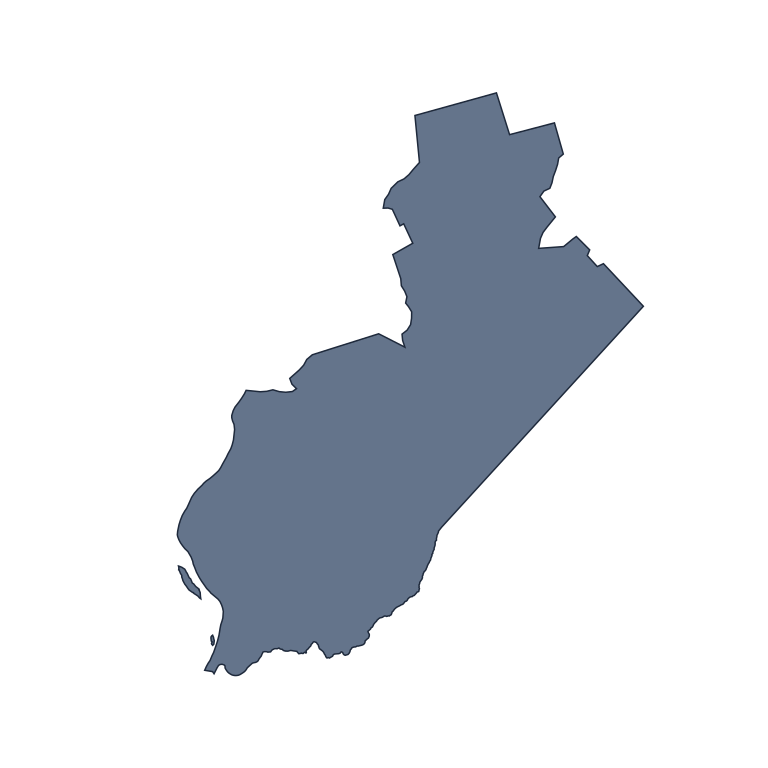 outline of Capital, Misiones, Argentina, rotated 249°
{"feature_id": "61730980B30289947598516", "entity_name": "Capital", "entity_type": "district", "adm_level": 2, "iso_a3": "ARG", "parent_name": "Argentina", "parent_adm1": "Misiones", "projection": "robinson", "projection_center": [-55.968, -27.541], "detail": "fine", "context": "isolated", "style": "filled", "palette": "slate", "viewbox_px": 768, "rotation_deg": 249, "n_neighbors": 0, "source": "geoboundaries", "source_scale": "gbopen_adm2", "svg_char_len": 6137}
<svg xmlns="http://www.w3.org/2000/svg" viewBox="0 0 768 768"><g transform="rotate(249 384 384)"><path d="M363.6,654.0L417.7,632.0L417.2,625.2L431.0,619.8L435.5,624.1L452.8,616.4L451.7,612.2L447.9,601.0L455.2,577.0L463.9,582.3L468.5,586.8L472.0,592.4L478.6,603.9L503.0,596.7L506.8,602.4L507.3,609.0L511.6,612.9L517.0,616.4L521.8,620.7L526.9,624.8L532.4,628.1L534.4,633.8L566.7,636.7L571.8,590.6L615.5,593.3L623.6,509.1L578.1,496.5L573.8,488.1L570.5,482.3L568.3,476.1L567.8,469.4L564.1,460.8L559.5,456.2L555.9,450.8L548.4,446.3L546.8,450.9L544.1,454.4L525.9,455.6L526.5,459.8L505.1,461.3L501.7,438.6L476.3,437.4L469.5,435.4L463.3,436.6L457.3,436.7L451.8,433.2L447.4,434.6L441.5,435.7L435.5,433.3L429.9,430.1L426.0,424.9L424.1,418.7L418.0,417.0L410.9,416.7L432.8,397.0L437.0,327.6L434.6,320.7L430.4,315.8L427.5,310.0L423.0,298.0L416.8,298.0L411.0,300.6L409.8,295.8L411.5,289.3L414.4,283.5L418.4,278.2L419.2,271.9L421.1,265.7L427.5,253.0L424.8,250.1L421.6,245.8L419.2,242.2L415.9,236.7L413.2,233.7L409.2,230.6L407.1,229.8L403.9,229.4L399.9,229.5L395.0,228.2L385.7,223.4L381.5,220.4L378.5,217.8L374.7,213.3L372.1,210.6L367.3,204.8L364.4,201.5L362.4,198.7L361.1,195.6L359.5,191.4L358.2,187.6L357.1,183.1L355.9,180.0L354.7,177.9L352.6,172.7L349.9,167.7L347.1,163.8L341.3,158.0L338.7,155.3L336.8,152.5L333.6,148.6L329.9,145.2L326.1,142.2L320.5,138.6L317.3,137.0L315.4,136.7L312.2,136.7L308.7,137.1L305.1,138.0L301.6,139.1L297.8,140.9L291.5,141.9L287.1,141.9L284.3,141.4L280.2,141.5L275.6,141.5L269.7,142.2L265.0,143.1L261.5,144.0L256.6,145.2L252.1,147.1L251.1,147.3L242.8,151.9L239.8,152.9L236.1,153.2L233.0,153.1L229.3,152.5L223.3,149.7L220.7,147.8L217.8,145.4L214.6,143.4L208.7,140.0L203.5,136.3L199.7,133.2L194.4,128.7L192.0,126.1L188.2,122.5L186.5,120.0L183.9,116.9L181.0,114.0L176.9,120.9L174.4,121.5L178.9,126.5L180.5,128.6L180.8,129.8L180.8,130.6L180.6,131.7L180.2,132.7L178.7,134.3L178.0,134.5L176.7,134.2L176.0,133.9L175.2,133.9L172.7,134.4L171.1,134.9L169.7,135.6L168.2,136.7L166.8,137.9L165.7,139.5L165.4,140.2L165.2,140.4L165.0,141.0L164.6,142.2L164.3,143.7L164.3,145.1L164.6,147.0L165.2,149.8L165.7,151.2L166.7,153.0L167.8,154.3L168.3,155.3L170.5,160.9L170.5,161.7L170.4,162.8L170.2,163.7L170.1,164.6L170.3,166.3L170.7,167.2L172.0,168.7L172.7,169.8L173.2,170.5L173.7,171.5L174.5,172.4L175.3,173.0L175.9,173.8L176.6,174.4L177.1,175.0L177.1,175.6L177.0,176.4L176.4,177.9L176.0,178.7L175.3,179.4L175.1,180.1L174.9,181.0L174.6,181.6L174.7,182.5L175.4,183.3L175.9,184.6L176.1,187.1L175.1,189.5L175.2,191.2L175.1,191.4L174.8,191.6L173.9,192.0L173.1,193.2L172.7,194.0L171.3,194.5L170.3,196.0L170.1,196.0L169.0,198.6L168.8,201.0L168.7,201.3L168.6,201.5L168.0,202.7L167.4,203.6L165.6,206.9L164.8,207.0L164.3,207.2L162.7,207.8L162.5,208.8L162.4,209.3L162.4,210.4L161.9,210.8L161.4,212.1L161.9,213.2L161.9,214.0L160.8,214.7L161.2,215.3L162.3,215.5L162.8,215.7L163.5,216.9L163.8,217.8L163.9,218.3L164.9,219.8L165.4,221.1L165.9,222.0L166.9,222.6L167.1,223.0L167.5,224.2L168.3,225.1L168.5,226.3L167.9,227.1L167.4,227.6L166.9,228.3L165.2,228.6L164.5,229.0L163.9,229.1L162.5,228.9L162.0,229.0L161.1,228.8L159.7,229.0L158.8,229.8L158.1,230.0L157.5,230.5L156.1,231.2L155.0,231.5L153.3,231.6L152.3,231.9L151.7,232.0L150.2,232.0L148.8,232.4L148.6,232.7L148.6,233.6L148.5,234.0L147.7,234.9L147.9,236.0L148.1,237.2L148.2,237.7L148.2,238.3L149.3,239.5L149.6,240.4L149.6,241.0L149.3,242.3L148.9,243.6L148.5,244.9L148.4,245.8L148.5,246.8L148.9,247.3L149.3,248.1L148.8,248.7L148.1,249.2L147.4,249.2L146.8,249.2L146.0,249.4L145.1,250.0L144.6,250.7L144.5,252.2L144.4,253.5L145.1,254.9L146.3,256.3L147.3,256.9L148.0,257.6L148.5,258.7L149.3,259.6L149.3,260.6L149.2,261.9L148.8,262.8L148.8,264.0L149.0,264.9L148.5,266.2L148.4,267.5L148.2,268.8L148.1,270.1L148.1,270.8L148.4,272.1L148.8,272.8L149.3,273.4L149.9,273.8L150.9,274.3L151.2,275.1L151.8,276.5L152.1,277.3L152.4,278.5L153.2,279.2L153.8,279.8L154.8,280.3L155.7,280.6L157.1,280.3L158.2,280.3L158.9,280.4L159.2,281.5L159.7,282.6L160.0,283.5L161.0,284.6L161.3,286.1L162.0,286.9L162.6,287.6L163.1,287.9L163.8,289.0L164.6,290.4L165.0,291.5L165.5,292.4L166.0,292.9L166.9,295.3L167.1,296.3L166.8,298.3L166.8,299.1L167.2,300.8L167.2,301.3L166.7,302.5L166.1,303.1L166.0,303.9L166.0,304.9L165.5,305.9L165.8,306.6L166.0,308.0L166.8,308.8L167.9,309.6L168.4,310.1L168.8,311.3L169.1,311.7L170.1,313.2L170.6,314.7L171.0,315.5L171.0,316.1L171.2,317.0L171.2,318.0L171.5,320.2L171.7,320.8L171.6,321.9L171.8,323.2L173.4,325.7L173.3,327.2L173.9,328.4L174.5,328.9L175.1,329.9L175.7,331.6L175.7,332.4L175.7,333.1L175.4,334.1L175.8,335.0L175.8,335.9L175.8,336.5L177.1,339.1L177.6,339.9L177.9,340.3L177.8,341.9L178.3,342.5L179.0,342.8L179.4,343.0L180.1,343.7L180.6,343.8L181.7,343.8L182.2,344.2L183.9,344.7L184.8,345.7L186.0,346.3L186.6,347.1L187.1,347.8L188.2,349.5L188.6,349.7L189.2,350.4L190.9,351.0L191.6,351.9L193.0,352.7L193.6,353.5L194.5,354.3L194.9,355.6L195.7,356.7L196.7,357.5L197.6,358.5L198.7,359.3L199.4,360.1L200.4,361.1L201.0,362.1L201.6,362.6L202.5,363.6L202.9,364.3L204.9,365.6L205.8,366.6L207.0,367.5L207.8,367.6L208.3,368.8L208.7,369.0L209.3,369.2L210.2,369.9L211.7,371.6L212.9,372.0L214.9,373.7L216.6,374.6L217.4,374.7L218.8,375.7L219.3,377.0L221.0,377.6L222.6,378.7L223.6,379.1L225.8,381.4L226.5,381.9L227.1,382.1L229.8,386.7L363.6,654.0ZM284.1,125.7L283.6,126.2L283.4,126.0L281.7,126.1L280.1,126.1L277.9,126.6L276.2,126.0L274.3,126.0L272.5,125.8L268.5,126.3L266.6,126.9L263.2,127.7L261.5,128.2L260.2,129.1L259.0,129.9L257.9,130.6L257.5,131.4L256.8,131.4L256.4,131.6L255.0,132.7L252.7,134.3L250.4,135.1L249.1,136.0L251.0,136.4L253.0,137.0L254.9,137.6L255.5,137.7L256.8,137.6L258.6,137.8L258.6,137.5L258.9,137.6L259.9,137.2L262.0,135.9L262.9,135.5L265.6,134.7L266.9,133.7L269.4,133.7L271.4,133.6L273.0,132.7L273.6,132.7L274.6,132.6L278.0,132.4L279.2,132.0L280.9,131.9L282.6,131.6L283.9,130.6L285.2,129.7L286.9,127.9L287.7,126.9L285.8,126.6L284.1,125.7ZM203.7,130.0L202.8,129.9L201.4,130.4L202.1,131.9L203.6,132.7L205.2,133.6L207.3,133.8L208.8,134.1L209.7,134.0L210.9,134.0L210.6,132.9L209.9,131.9L208.9,131.4L205.9,130.6L204.8,131.2L203.7,130.0Z" fill="#64748b" stroke="#1e293b" stroke-width="1.5"/></g></svg>